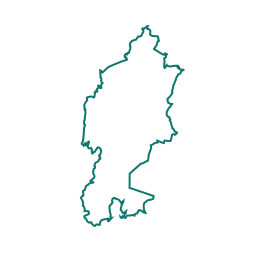 an SVG outline of Kazakhstan, rotated 286°
{"feature_id": "KAZ", "entity_name": "Kazakhstan", "entity_type": "country or territory", "adm_level": 0, "iso_a3": "KAZ", "parent_name": "Asia", "parent_adm1": "", "projection": "equal_earth", "projection_center": [65.802, 47.999], "detail": "fine", "context": "isolated", "style": "outline", "palette": "teal", "viewbox_px": 256, "rotation_deg": 286, "n_neighbors": 0, "source": "natural_earth", "source_scale": "50m", "svg_char_len": 5839}
<svg xmlns="http://www.w3.org/2000/svg" viewBox="0 0 256 256"><g transform="rotate(286 128 128)"><path d="M149.7,164.9L148.5,165.4L147.8,166.3L146.9,166.0L145.2,167.8L142.9,168.9L141.6,169.8L141.4,170.1L140.2,170.6L139.8,171.0L139.7,171.7L139.4,172.2L138.1,173.3L137.3,174.5L137.1,175.2L137.4,176.0L137.2,176.3L136.4,176.3L135.0,175.6L134.4,174.9L134.7,173.4L133.7,172.2L133.0,172.4L132.7,172.3L127.7,172.6L127.2,172.3L126.6,170.1L126.0,166.6L123.4,166.6L123.4,164.4L123.9,159.7L122.3,160.5L120.7,157.5L119.5,156.8L117.6,154.7L115.1,155.8L108.6,155.3L102.2,156.2L97.9,151.6L97.4,150.4L97.1,150.1L84.6,142.2L70.9,146.0L69.7,171.3L67.3,171.7L66.7,171.5L65.8,170.4L63.9,166.8L60.1,164.2L57.8,164.5L54.4,165.6L53.3,166.2L51.2,168.1L51.2,165.9L52.2,163.6L52.3,162.7L52.2,161.3L51.7,160.9L50.5,161.0L50.1,160.5L48.6,160.5L47.6,158.9L47.2,158.5L45.5,158.4L45.7,156.3L44.6,154.5L43.6,151.4L42.9,150.9L41.1,150.5L40.8,150.3L40.7,149.6L41.0,148.8L41.6,148.5L44.0,148.5L45.6,149.3L46.7,149.1L47.5,149.1L47.0,148.7L46.4,148.5L45.1,147.2L45.0,146.5L45.1,146.1L46.3,145.1L46.6,144.4L47.3,143.5L48.0,143.6L49.0,143.2L52.6,143.2L55.1,143.8L56.6,143.7L54.8,142.6L54.5,142.1L55.2,140.7L56.1,139.4L56.7,137.9L56.7,136.4L56.5,136.0L56.6,135.5L57.1,134.7L56.7,133.5L55.9,132.8L53.7,132.6L52.9,133.2L51.9,133.7L51.2,133.2L49.9,133.0L49.3,132.3L47.1,131.8L45.7,132.3L43.9,133.3L43.0,133.3L40.1,135.2L37.3,135.7L37.3,136.5L36.9,136.3L36.4,136.6L36.6,136.9L33.5,135.4L33.0,134.9L33.1,134.3L33.6,134.1L35.0,134.5L35.3,134.4L35.4,134.0L33.7,130.4L32.0,127.9L31.7,127.6L28.5,127.2L27.5,127.6L27.1,127.3L26.7,126.3L26.9,125.1L26.7,124.4L26.5,124.1L24.8,123.2L24.7,122.2L25.3,120.7L26.2,119.6L26.8,119.2L27.2,118.4L27.2,118.1L26.3,117.0L26.5,116.2L26.9,114.9L27.6,113.9L29.0,113.0L29.3,112.6L29.4,111.6L29.6,111.2L30.6,110.4L31.1,110.3L31.6,110.6L34.3,113.9L34.8,114.1L36.5,113.4L37.0,112.9L36.3,109.1L37.3,109.1L40.0,107.6L40.6,106.4L41.0,106.1L42.7,105.8L45.2,104.6L47.9,102.0L49.7,102.5L50.2,102.9L50.3,103.5L50.5,103.6L51.8,103.6L53.9,102.4L54.9,102.2L55.5,102.3L56.2,103.4L56.6,103.6L60.4,103.6L61.3,104.1L62.0,105.0L63.3,105.6L64.1,106.4L65.4,108.0L65.6,109.3L66.0,109.6L66.4,109.2L66.5,108.8L66.4,107.4L66.1,107.0L66.6,106.5L67.7,107.0L70.1,108.7L71.7,109.3L73.5,108.4L74.1,107.6L75.9,106.5L76.5,106.7L78.5,106.2L79.3,106.4L80.6,107.3L81.6,107.1L82.6,106.0L85.2,106.2L86.1,106.8L87.7,108.6L90.5,109.0L90.9,109.3L90.7,109.7L90.8,109.8L92.3,109.3L93.1,107.9L93.6,107.6L94.7,108.5L95.4,108.7L96.5,108.7L98.0,108.5L99.4,108.0L100.3,107.5L101.3,105.2L101.2,104.6L100.2,103.8L98.5,103.5L98.3,103.2L95.8,102.5L95.5,101.8L93.9,101.0L93.7,100.8L93.9,100.5L95.7,99.6L96.9,99.4L98.6,98.2L97.6,96.1L97.7,95.7L99.0,94.3L100.7,94.2L103.5,94.5L104.1,94.1L104.1,93.8L103.7,93.5L102.0,92.7L99.8,92.4L99.6,92.1L100.0,91.4L100.8,91.4L101.5,90.9L101.2,90.6L100.1,90.8L98.8,90.3L99.5,89.5L99.6,88.3L100.1,87.9L100.6,87.8L103.5,88.4L104.0,88.0L106.2,88.0L106.9,87.6L109.1,87.4L109.6,87.0L112.8,86.6L114.5,86.0L115.8,85.7L116.7,85.9L118.1,85.7L118.8,86.0L119.2,85.8L119.6,84.9L120.7,84.3L121.8,84.3L122.8,83.9L123.0,84.1L124.3,84.0L131.4,82.8L132.1,82.4L133.6,82.2L134.1,81.7L133.9,81.1L135.4,80.8L136.3,80.2L137.5,79.7L140.0,79.9L143.4,81.1L144.3,80.8L144.8,80.4L146.0,80.2L146.9,81.3L148.3,84.4L148.2,85.9L147.8,86.5L148.0,86.8L149.2,87.1L151.8,86.7L152.4,86.8L152.7,86.6L152.9,86.2L153.2,86.1L154.3,87.3L154.4,88.3L154.6,88.4L155.3,88.1L155.1,87.5L155.4,87.2L156.8,87.4L157.9,88.2L158.4,88.3L159.2,88.3L160.3,87.6L160.7,87.8L160.6,88.5L159.3,89.2L158.9,89.8L158.8,90.5L159.3,91.4L160.6,90.6L161.6,90.4L163.3,90.6L164.0,91.2L164.3,91.1L164.5,90.2L166.3,89.1L167.3,89.1L168.1,88.7L168.9,88.2L168.9,87.6L169.1,87.5L170.3,87.4L173.0,86.2L174.1,86.0L175.7,85.4L175.6,86.1L175.0,87.2L173.9,87.1L174.2,87.9L174.7,88.4L180.5,91.8L181.3,92.5L184.6,96.4L190.2,103.5L193.2,108.0L193.6,108.1L193.6,107.6L194.3,107.2L195.3,107.0L195.4,106.6L195.1,105.8L195.2,105.5L196.6,104.8L197.3,104.8L197.8,105.4L198.6,105.4L198.7,105.7L198.5,106.8L200.1,106.9L200.5,107.7L200.4,108.1L200.6,108.3L202.9,108.1L203.8,108.4L205.8,108.3L206.3,108.1L207.0,107.3L208.3,107.3L208.9,106.7L209.9,106.7L211.8,107.3L213.0,108.0L213.3,108.7L214.3,109.7L214.9,111.1L215.3,111.5L216.7,111.7L218.0,112.4L218.8,112.6L218.8,113.3L218.9,113.7L220.3,115.4L223.9,115.9L224.2,116.2L225.2,116.2L227.1,114.5L227.5,114.4L227.8,114.6L227.8,114.9L227.3,115.5L227.4,115.8L227.9,115.8L228.4,116.3L229.5,117.6L230.8,118.0L231.3,118.9L229.9,118.7L228.8,119.1L228.4,119.8L228.7,120.3L228.6,121.4L227.9,122.5L226.5,123.0L223.9,123.4L223.4,124.6L223.2,126.5L223.8,129.3L224.3,130.3L224.3,130.8L223.6,132.1L222.3,132.3L221.3,133.1L220.2,133.7L219.5,132.7L217.8,132.6L216.1,132.7L214.5,132.4L211.2,131.1L210.9,131.3L210.7,132.8L209.1,138.1L208.2,141.9L208.3,142.4L209.9,143.1L210.0,144.0L209.6,145.1L208.2,144.5L206.6,144.9L205.7,144.4L205.5,143.8L205.1,143.6L200.9,145.1L199.7,145.1L196.8,145.9L195.9,146.7L196.6,147.3L197.9,147.3L199.2,147.9L198.7,148.3L198.6,149.0L198.8,152.1L199.7,153.5L200.7,155.8L201.0,156.7L200.9,157.5L201.3,157.7L201.6,158.5L201.5,158.9L200.7,158.8L199.6,159.3L199.6,159.8L200.5,160.2L200.5,160.5L199.0,161.0L198.7,161.5L198.6,162.2L199.3,164.9L199.1,165.3L197.4,163.7L194.8,163.2L193.5,162.0L193.2,161.3L193.0,161.2L191.7,161.2L189.8,160.6L187.1,160.6L185.9,160.4L182.9,160.2L181.6,159.8L179.1,160.2L175.5,160.1L175.2,160.1L174.5,160.9L173.0,160.8L170.1,159.8L166.8,158.0L166.5,158.3L165.4,158.3L165.1,158.7L163.4,159.6L162.8,162.5L163.2,163.7L162.8,163.7L162.1,163.1L159.8,162.7L159.2,162.1L156.7,161.3L153.9,160.9L151.3,161.5L150.1,162.9L150.0,163.4L149.4,164.2L149.4,164.5L149.7,164.9ZM40.6,146.9L40.1,147.1L39.7,146.4L39.9,145.6L40.3,145.4L40.0,145.9L39.9,146.3L40.2,146.8L40.6,146.9ZM53.9,143.2L53.5,143.1L53.3,142.7L53.6,142.4L53.9,142.4L53.9,143.2Z" fill="none" stroke="#0f766e" stroke-width="2"/></g></svg>